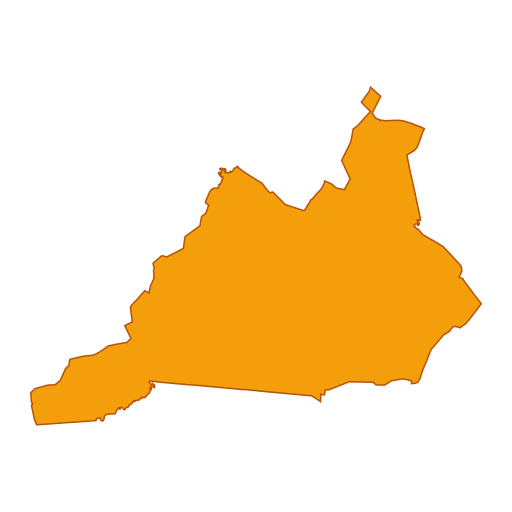 outline of Augstkalnes pag., Tervetes, Latvia
{"feature_id": "27541924B87750651157185", "entity_name": "Augstkalnes pag.", "entity_type": "district", "adm_level": 2, "iso_a3": "LVA", "parent_name": "Latvia", "parent_adm1": "Tervetes", "projection": "mercator", "projection_center": [23.356, 56.418], "detail": "fine", "context": "isolated", "style": "filled", "palette": "amber", "viewbox_px": 512, "rotation_deg": 0, "n_neighbors": 0, "source": "geoboundaries", "source_scale": "gbopen_adm2", "svg_char_len": 6025}
<svg xmlns="http://www.w3.org/2000/svg" viewBox="0 0 512 512"><path d="M424.4,128.7L420.5,126.8L415.5,125.1L411.4,123.4L405.2,121.4L402.3,120.7L400.2,120.4L397.7,120.3L387.7,120.6L385.3,120.8L381.2,120.2L380.4,120.9L380.3,120.3L380.1,119.9L379.9,119.8L377.0,118.8L375.8,118.1L375.2,117.5L373.7,115.4L372.2,113.1L380.7,96.4L370.6,87.2L369.3,91.2L361.5,101.9L361.5,102.2L361.4,102.4L370.5,111.5L367.4,114.8L357.2,126.1L353.4,128.8L353.2,129.0L351.4,138.6L350.4,142.8L343.1,157.4L341.7,160.6L350.2,179.1L344.3,189.6L343.7,189.4L337.0,188.3L334.7,186.9L332.8,184.8L331.8,184.1L324.7,180.9L324.6,181.2L324.7,181.8L324.2,183.4L321.3,188.9L316.0,194.6L311.8,199.6L311.1,199.7L310.8,199.9L309.9,201.6L307.0,206.3L305.7,208.6L304.0,210.7L285.2,204.5L284.8,204.1L279.1,198.3L272.8,192.0L272.3,192.0L271.5,192.4L270.0,192.8L267.3,190.2L262.1,183.3L252.6,177.5L242.6,171.0L238.5,167.7L238.0,166.6L237.5,166.4L237.1,166.3L236.9,166.9L236.7,167.4L236.2,167.7L234.3,168.2L233.9,168.7L233.8,169.3L232.4,171.2L231.9,171.7L230.7,172.1L230.7,171.4L230.3,171.3L229.9,171.7L229.2,172.6L227.6,172.9L227.3,172.9L226.3,172.5L225.1,172.4L224.8,172.2L225.6,171.6L225.9,171.3L226.0,170.9L225.9,170.8L225.7,170.7L225.5,170.8L225.2,171.2L225.4,170.7L225.7,169.5L225.5,169.1L225.1,168.8L224.5,168.6L224.1,168.7L224.0,168.9L224.0,169.3L223.9,169.8L223.8,170.0L223.3,169.3L222.7,169.2L222.5,168.5L222.2,168.3L221.8,168.2L220.9,168.3L220.2,168.4L219.9,168.6L219.7,168.9L219.7,169.1L220.0,169.4L221.3,170.1L221.7,170.5L221.8,170.6L221.7,170.9L221.1,172.9L220.9,173.1L220.8,172.5L220.6,172.4L219.4,172.2L218.7,172.6L218.5,173.1L218.5,173.3L218.8,173.9L219.0,174.1L219.8,174.3L220.7,174.2L220.9,174.4L220.9,174.5L220.5,175.2L220.0,175.2L219.7,175.3L219.6,175.7L219.8,175.8L220.0,175.9L221.5,176.7L221.5,176.9L221.6,177.3L222.3,177.0L222.6,177.0L222.9,177.2L223.0,178.0L222.9,178.6L222.4,179.0L222.1,180.0L221.6,180.4L221.6,180.6L221.8,181.2L221.3,181.8L221.2,182.1L221.2,182.6L220.8,182.9L220.6,184.0L220.3,184.2L220.0,184.1L219.5,184.1L219.0,184.4L218.9,184.6L219.0,185.1L219.0,185.7L218.3,186.8L218.2,187.1L218.1,188.0L217.1,188.2L213.9,188.1L211.3,189.6L211.1,189.9L209.3,192.7L205.9,200.7L205.8,201.1L205.5,201.7L205.4,202.2L205.5,202.9L208.5,205.1L208.6,205.3L206.0,212.8L205.8,213.2L201.8,216.3L201.6,216.5L199.9,225.8L194.6,229.7L185.4,236.3L185.1,236.6L184.8,237.9L183.5,247.6L183.3,248.3L183.0,248.6L166.8,256.9L162.6,255.8L162.1,255.8L161.4,256.0L153.3,262.9L153.1,263.2L153.1,263.5L153.2,264.1L154.1,268.2L153.5,270.6L153.9,274.2L153.8,278.6L153.6,279.1L150.5,285.8L149.5,290.4L149.2,291.3L149.0,292.9L144.8,290.7L137.2,299.3L131.7,305.0L130.4,307.2L132.3,321.8L124.8,325.6L130.9,338.3L126.9,342.4L115.4,344.4L108.1,346.0L105.9,347.7L100.1,351.7L94.1,354.9L89.8,355.6L87.2,355.7L83.3,356.2L69.9,359.3L69.4,360.9L69.0,365.3L65.7,368.4L60.2,380.4L54.8,384.9L48.1,385.0L42.8,386.5L35.4,388.5L34.9,388.7L32.1,391.6L31.3,392.0L30.7,392.7L31.4,401.8L32.6,404.1L31.4,405.2L34.4,419.3L34.5,419.8L36.6,424.8L95.7,420.6L95.6,420.2L95.8,419.9L96.3,419.8L96.4,419.6L96.4,419.1L96.5,419.0L98.0,418.2L99.9,417.8L100.3,418.2L100.4,419.3L100.7,419.5L101.0,420.4L101.9,421.0L102.6,421.0L103.1,420.7L104.0,419.1L104.2,418.6L104.1,417.6L104.1,416.8L106.4,414.5L108.1,414.1L110.0,414.1L112.7,413.8L115.1,413.9L115.4,413.6L115.6,413.1L116.0,411.6L116.5,410.9L117.1,409.7L117.8,408.8L118.1,408.2L118.4,408.0L119.0,407.8L119.3,407.8L119.3,408.0L119.3,408.5L119.3,408.8L119.6,409.1L120.0,409.2L120.3,408.6L120.3,408.2L120.0,407.7L120.0,407.4L120.3,407.2L122.1,407.6L123.3,408.7L123.9,409.6L124.3,409.7L124.9,409.6L125.2,409.4L125.9,408.0L126.3,407.6L126.8,407.4L127.8,407.4L128.1,407.1L128.4,406.6L129.0,406.2L129.4,404.8L129.5,404.6L130.3,404.5L131.2,403.8L131.6,403.8L131.9,403.6L132.3,402.3L133.1,402.1L133.1,401.9L132.9,401.5L133.4,400.8L133.8,400.9L134.4,401.4L134.6,401.5L134.8,401.3L134.8,401.1L134.4,400.8L134.4,400.6L134.6,400.5L135.8,400.8L136.7,400.2L138.1,400.3L138.7,400.2L140.6,398.7L141.2,397.5L141.4,397.4L141.9,397.4L142.1,398.0L142.3,398.1L142.6,398.0L143.5,397.3L143.9,397.3L144.6,397.6L145.1,397.4L148.2,393.9L149.4,393.1L149.6,392.5L149.7,391.4L150.0,390.8L150.8,390.3L151.2,389.7L151.4,388.4L151.4,388.1L151.2,387.9L150.6,388.3L150.2,388.5L149.8,388.4L149.8,388.2L150.8,387.3L151.3,386.5L151.9,386.5L153.5,387.0L154.2,387.7L154.4,387.7L154.6,387.5L154.5,386.2L154.7,385.2L154.5,384.9L153.9,385.0L153.0,384.7L152.8,384.3L152.9,383.5L152.7,383.2L152.5,383.3L152.0,384.0L151.5,384.5L151.0,384.7L150.8,384.6L150.3,383.5L149.4,382.5L149.1,381.9L149.1,381.4L149.5,381.0L152.8,381.3L158.0,382.0L187.8,384.7L194.6,385.1L244.3,389.7L244.5,389.5L267.5,391.8L311.6,395.8L319.5,400.8L320.5,401.7L320.8,397.1L320.6,394.2L324.2,395.1L324.4,394.9L325.3,390.6L325.4,390.2L325.8,389.9L326.3,389.7L328.2,390.0L328.7,389.9L349.0,381.8L373.0,382.2L375.9,384.8L376.4,384.9L384.4,385.1L384.7,385.1L387.5,383.3L391.0,380.9L398.3,379.6L398.4,379.4L402.0,379.0L404.7,379.1L411.6,380.9L411.5,383.6L414.9,383.4L417.9,382.2L419.9,378.8L420.6,376.9L421.0,375.1L422.5,370.9L424.5,365.8L426.5,361.2L429.5,353.5L431.3,349.2L439.4,339.9L443.5,335.0L446.3,333.2L449.1,331.7L451.9,328.0L453.1,326.7L454.9,326.4L460.0,327.6L460.1,327.8L465.5,323.8L469.1,319.8L479.1,306.7L481.3,303.7L476.7,297.9L465.9,283.5L463.3,279.8L463.2,279.1L459.1,277.1L461.9,271.1L461.3,266.7L461.1,266.2L458.5,263.1L444.1,247.6L443.9,247.3L443.3,246.7L433.3,240.6L428.1,237.8L422.5,234.3L418.0,229.0L417.3,228.8L416.9,229.0L415.8,227.9L415.2,226.9L414.3,226.1L414.2,225.5L414.4,224.8L414.7,224.6L415.3,224.2L416.7,223.9L417.4,223.3L417.9,223.4L417.9,223.5L417.7,225.1L417.7,225.4L418.4,225.4L419.1,224.3L419.3,223.5L419.3,223.3L418.9,223.0L418.8,222.7L418.7,222.3L418.4,221.6L418.1,221.3L417.4,221.3L417.2,221.1L417.0,220.6L417.0,220.3L417.3,219.9L417.8,219.7L419.3,220.0L420.1,220.6L420.3,220.4L420.4,218.8L420.2,217.5L418.4,209.3L414.2,189.3L411.2,175.7L410.7,174.2L406.9,155.0L414.5,150.4L417.1,147.3L417.7,145.6L418.2,144.8L423.0,131.4L424.4,128.7Z" fill="#f59e0b" stroke="#b45309" stroke-width="1.5"/></svg>